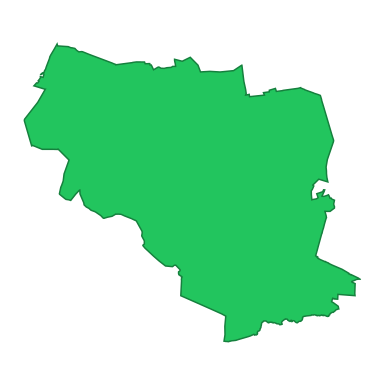 outline of Katvaru pag., Limbaži, Latvia, rotated 269°
{"feature_id": "27541924B50356966028149", "entity_name": "Katvaru pag.", "entity_type": "district", "adm_level": 2, "iso_a3": "LVA", "parent_name": "Latvia", "parent_adm1": "Limbaži", "projection": "mercator", "projection_center": [24.779, 57.591], "detail": "fine", "context": "isolated", "style": "filled", "palette": "green", "viewbox_px": 384, "rotation_deg": 269, "n_neighbors": 0, "source": "geoboundaries", "source_scale": "gbopen_adm2", "svg_char_len": 5754}
<svg xmlns="http://www.w3.org/2000/svg" viewBox="0 0 384 384"><g transform="rotate(269 192 192)"><path d="M173.7,95.2L170.1,100.3L167.5,102.7L167.3,103.2L167.3,103.7L168.3,107.2L169.1,111.6L171.1,115.2L171.3,115.4L171.1,116.3L171.2,117.6L171.0,120.3L170.8,121.0L169.3,124.1L166.8,130.2L164.1,135.8L154.1,141.1L153.4,141.4L152.7,141.5L151.3,141.4L149.3,141.0L148.7,141.1L146.1,142.4L144.4,143.3L143.6,143.5L140.8,143.4L139.8,142.1L139.2,142.0L136.6,144.1L128.5,152.5L123.7,157.8L118.5,164.2L117.7,171.1L117.8,171.4L119.0,172.9L119.1,173.2L119.1,174.5L114.8,178.5L114.5,178.7L113.8,178.7L113.3,178.5L112.8,177.7L112.4,177.2L112.2,177.2L111.2,177.1L110.0,177.3L109.4,177.6L109.4,177.9L109.4,178.0L109.2,178.2L108.7,178.5L108.6,179.0L108.4,179.4L107.8,179.7L107.7,179.7L107.2,179.9L107.1,180.1L107.1,180.5L105.1,179.9L103.4,180.0L88.5,179.0L75.2,207.7L69.6,219.6L67.3,223.6L57.1,222.5L48.7,222.5L42.3,221.4L42.2,222.1L42.0,223.0L41.9,224.6L41.7,225.6L41.8,226.4L42.0,226.6L42.3,227.5L42.2,228.2L42.4,228.5L42.6,229.1L42.6,230.2L42.9,233.2L43.8,236.2L46.4,245.7L47.1,247.9L48.6,251.3L47.9,252.0L48.3,252.4L48.2,252.6L47.9,253.5L48.0,253.8L48.5,254.7L49.1,255.0L49.6,254.7L49.8,254.7L50.0,255.0L50.6,255.0L51.2,255.2L51.7,255.7L51.8,256.2L52.2,257.1L52.6,257.4L54.0,257.8L54.4,257.8L54.5,257.9L54.7,258.2L55.7,258.6L56.4,258.6L57.5,259.0L58.3,259.0L58.9,259.3L59.6,259.3L59.9,259.4L60.5,259.9L60.7,260.5L61.3,260.9L61.8,261.5L61.8,261.8L61.8,262.1L61.7,262.6L61.8,263.6L60.8,264.8L60.5,265.4L60.0,265.8L59.9,266.0L59.9,266.4L60.3,266.7L60.4,266.9L60.2,267.2L60.3,267.4L60.5,267.7L60.6,267.9L60.4,268.4L60.4,269.3L60.5,269.6L59.9,270.0L59.9,270.3L60.0,270.7L59.7,271.4L59.9,271.7L59.9,272.3L59.4,273.5L59.0,274.1L58.8,274.5L58.7,274.9L58.8,275.8L58.6,276.4L58.5,276.6L57.8,277.4L57.7,277.6L57.8,277.9L58.0,279.2L58.2,279.7L58.4,279.6L58.9,279.7L59.4,279.3L60.1,279.4L60.9,279.7L61.8,280.7L63.0,282.4L63.3,283.1L63.2,283.1L63.3,284.7L63.1,285.0L62.6,285.4L62.1,285.6L61.9,286.2L61.6,286.3L61.2,287.4L60.9,287.7L61.0,288.1L61.9,288.6L61.9,289.0L61.6,289.0L61.4,289.2L60.7,289.6L60.9,290.1L61.6,290.5L61.5,291.7L61.4,292.0L60.5,292.8L59.7,293.8L59.5,294.4L59.4,294.9L59.5,295.1L59.7,295.5L60.4,296.2L60.7,296.6L60.8,297.1L60.8,298.1L61.0,298.7L61.7,299.3L62.1,299.9L63.5,300.4L63.9,300.2L64.3,300.3L64.5,300.5L64.7,300.4L65.1,300.7L65.6,301.4L66.1,304.4L66.5,308.9L66.8,309.2L67.1,309.6L66.8,310.9L66.9,311.3L67.2,311.8L66.9,313.2L66.8,313.8L66.6,313.8L66.3,314.5L66.1,315.1L66.2,315.5L66.5,315.9L66.2,316.7L66.2,317.1L66.3,317.4L66.3,317.5L66.1,317.6L66.2,317.8L66.3,318.6L66.8,319.1L66.7,319.5L66.5,319.9L66.5,320.1L66.3,320.3L66.3,320.5L66.6,320.8L66.6,321.0L66.4,321.3L66.2,321.3L66.1,321.6L66.4,322.0L66.3,322.3L66.2,323.0L66.0,323.3L65.9,323.6L65.5,324.3L65.2,325.3L65.3,325.7L65.3,326.3L65.4,326.5L66.2,326.5L66.4,326.8L66.6,327.4L67.6,327.8L68.0,328.2L68.6,328.9L68.7,329.2L69.0,329.6L69.2,330.1L69.3,330.6L69.2,331.0L70.5,332.8L71.6,333.8L71.9,334.5L72.1,335.2L72.4,335.8L72.5,336.7L75.2,336.2L78.7,331.6L79.9,329.7L83.3,330.8L82.7,333.1L82.5,332.9L82.3,335.8L87.1,336.1L85.5,353.2L87.6,353.0L97.6,353.5L98.8,350.9L99.4,350.1L99.7,350.2L101.1,353.7L101.7,354.9L101.9,356.4L101.9,358.4L102.1,358.3L102.6,356.8L103.0,356.9L106.7,349.5L106.4,349.4L107.6,347.2L108.0,347.4L112.1,340.7L116.4,331.1L118.3,327.3L118.6,327.3L119.3,325.6L120.0,324.3L119.8,324.3L120.2,323.2L120.8,322.1L122.0,319.5L123.3,317.0L123.6,317.2L124.4,316.0L125.0,316.4L126.0,314.5L132.4,316.4L134.5,317.0L147.1,320.7L148.6,321.2L148.6,321.3L151.4,322.0L153.6,322.8L157.4,323.8L163.6,325.7L163.9,326.0L166.0,325.7L170.3,324.6L170.2,329.7L173.4,334.1L174.9,334.2L176.5,333.6L177.8,333.5L181.3,334.3L182.6,331.5L183.5,331.0L183.3,330.0L185.5,329.1L186.8,328.4L186.0,326.3L185.4,324.3L185.3,323.7L185.4,322.7L185.4,321.9L185.6,321.9L190.1,324.1L191.8,324.7L191.9,323.6L190.0,322.7L188.1,316.7L184.1,318.0L183.2,316.7L182.9,316.0L182.4,312.7L182.1,311.7L187.2,311.3L191.0,311.3L192.6,312.4L195.9,313.9L196.7,312.9L196.8,312.9L202.6,319.0L199.7,328.0L204.3,327.1L208.0,326.8L210.7,326.8L214.6,326.5L222.1,327.9L239.8,334.3L241.2,334.5L246.6,332.9L275.9,324.8L281.1,323.3L282.5,323.1L286.3,322.0L287.2,319.9L288.5,316.0L289.0,315.0L292.2,306.6L292.5,306.4L292.8,305.6L294.2,302.3L294.4,302.3L293.8,299.9L293.1,294.0L292.0,284.7L291.8,284.6L291.1,278.1L294.1,277.2L292.4,271.1L290.8,271.0L290.1,265.2L287.6,266.1L286.3,251.2L288.6,250.9L288.2,248.8L288.0,247.3L289.6,247.9L293.6,247.4L301.6,245.8L317.9,244.1L317.9,243.9L312.7,235.8L312.6,235.6L311.5,222.1L312.3,212.0L312.1,207.4L311.9,202.6L318.7,200.2L326.7,192.6L322.9,184.5L325.0,176.9L323.5,176.9L320.6,177.5L317.9,177.8L317.9,174.8L317.0,173.5L316.7,169.1L316.1,166.4L316.3,163.1L317.4,161.3L317.5,160.4L314.9,155.7L319.7,153.5L319.7,152.3L321.1,152.0L321.1,147.4L322.8,146.8L323.0,138.6L322.6,135.0L322.4,134.6L320.5,117.9L320.9,117.8L321.8,115.5L322.3,114.5L331.2,92.0L334.2,84.9L334.3,84.0L334.1,81.3L335.6,79.2L337.6,77.4L338.2,74.8L338.4,73.3L339.5,70.8L340.4,60.2L342.3,59.7L337.0,56.6L331.5,53.2L329.6,52.2L327.9,51.8L319.7,48.5L317.3,47.7L315.9,46.7L314.5,46.4L313.5,44.3L312.2,42.8L312.0,43.0L312.8,44.6L313.2,45.7L312.0,46.0L309.2,45.1L309.7,43.5L310.0,42.4L308.6,42.4L305.9,40.2L305.4,40.9L303.7,39.7L303.6,39.4L303.8,38.5L300.9,35.8L297.3,46.9L297.3,47.1L284.3,39.3L268.0,26.1L267.5,25.8L266.9,25.7L266.2,25.6L240.9,32.5L241.0,32.9L241.5,33.1L237.3,43.0L237.1,53.9L236.9,58.3L237.3,58.8L226.1,69.6L212.3,64.4L205.2,63.4L201.2,61.9L199.0,60.9L192.5,59.4L192.0,59.6L187.6,64.8L186.8,65.9L186.3,68.9L185.7,70.6L191.9,75.7L195.8,79.5L195.9,79.9L192.1,80.0L191.5,80.2L183.1,83.6L181.0,83.9L179.2,85.7L178.9,86.0L177.4,88.7L175.7,90.5L175.5,90.8L174.2,94.2L173.7,95.2Z" fill="#22c55e" stroke="#15803d" stroke-width="1.5"/></g></svg>